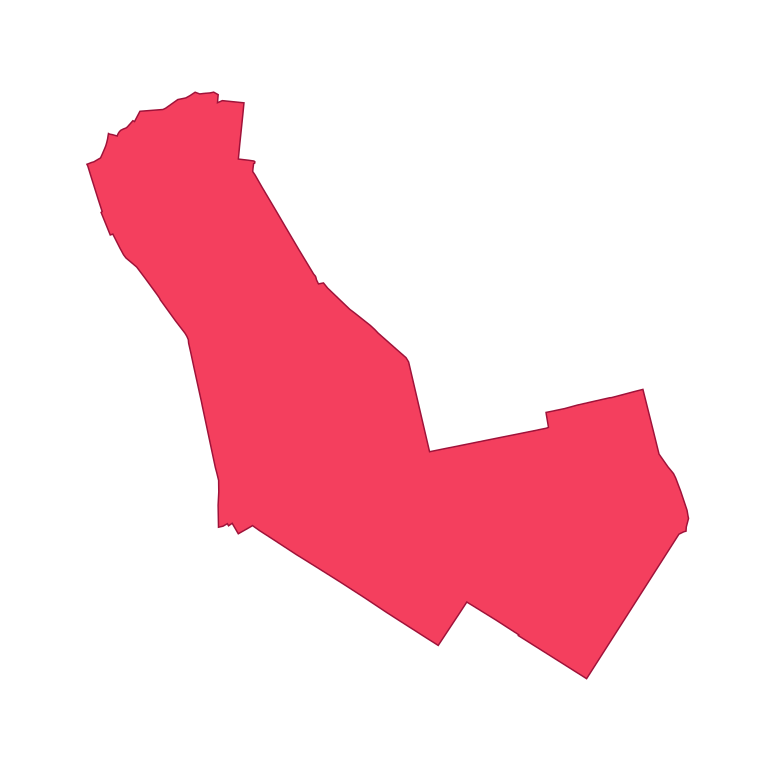 the district of Segarcea-Vale, Teleorman, Romania, rotated 95°
{"feature_id": "2599482B59807133225693", "entity_name": "Segarcea-Vale", "entity_type": "district", "adm_level": 2, "iso_a3": "ROU", "parent_name": "Romania", "parent_adm1": "Teleorman", "projection": "albers", "projection_center": [24.796, 43.848], "detail": "fine", "context": "isolated", "style": "filled", "palette": "rose", "viewbox_px": 768, "rotation_deg": 95, "n_neighbors": 0, "source": "geoboundaries", "source_scale": "gbopen_adm2", "svg_char_len": 2439}
<svg xmlns="http://www.w3.org/2000/svg" viewBox="0 0 768 768"><g transform="rotate(95 384 384)"><path d="M225.0,684.8L230.9,682.3L236.8,679.8L237.7,680.8L259.4,669.7L258.3,667.2L271.5,659.0L273.9,657.4L278.0,654.7L280.9,652.1L289.0,640.6L299.2,631.4L315.1,617.5L318.3,614.9L319.5,614.3L339.4,597.1L350.6,586.8L353.6,584.6L356.9,582.8L360.3,582.2L369.7,579.2L383.7,574.9L413.5,565.6L417.6,564.3L421.7,563.1L482.0,544.7L486.9,542.9L494.6,540.3L495.9,540.2L501.9,539.6L505.6,539.2L519.2,538.7L541.1,536.4L539.7,532.0L536.8,527.9L538.8,526.5L536.0,523.1L545.9,516.1L537.2,503.5L536.5,502.7L540.9,495.2L547.3,483.1L561.5,456.6L569.8,440.2L584.5,411.5L598.7,384.6L611.4,361.4L619.8,345.4L633.7,318.8L639.7,307.2L610.9,291.6L605.4,288.6L594.0,282.5L609.5,251.7L615.8,239.8L622.1,227.9L622.9,228.3L623.0,228.1L653.8,168.3L659.9,156.5L507.9,77.1L505.1,72.5L504.3,70.3L500.1,70.4L491.3,68.9L489.5,69.5L483.4,71.1L465.0,79.1L452.3,85.2L448.0,87.8L441.8,93.9L429.9,103.9L408.8,111.1L366.8,125.6L369.7,133.9L372.6,141.9L377.7,156.1L378.1,158.2L382.5,172.0L388.1,189.4L392.8,202.1L398.2,220.1L400.4,219.6L402.7,219.0L412.7,216.4L412.9,216.4L413.9,218.5L422.0,245.8L426.8,262.3L434.2,287.5L435.6,292.2L443.0,317.5L447.5,332.7L359.9,361.4L355.8,364.4L354.3,366.5L348.3,374.7L333.8,394.3L330.5,398.0L327.1,402.4L321.2,411.3L316.3,418.7L312.6,424.6L308.9,429.2L297.0,444.0L293.3,448.6L288.6,453.1L290.0,458.0L286.2,460.3L283.5,461.2L282.5,461.8L280.6,463.7L257.6,480.5L236.6,495.5L220.8,506.7L198.1,523.0L187.0,530.7L183.8,533.3L181.1,533.3L180.7,533.3L175.8,533.1L175.3,532.1L173.9,532.0L173.2,533.0L172.9,538.4L172.6,548.7L158.4,548.6L146.5,548.4L140.3,548.3L127.6,548.1L116.1,548.0L115.9,562.3L115.8,569.8L118.1,574.0L118.3,574.4L110.2,574.4L108.1,579.1L109.2,582.7L109.9,586.8L109.9,587.1L110.0,587.4L110.3,589.1L110.9,591.9L111.1,592.9L109.8,597.6L113.7,602.5L116.3,606.4L118.4,613.5L118.6,614.2L128.3,625.6L129.8,628.1L133.5,650.4L133.6,650.9L144.3,655.4L143.6,657.1L149.9,661.8L150.5,662.3L151.1,662.9L151.7,663.8L152.2,664.9L152.8,666.1L153.5,667.2L154.0,668.1L154.7,668.8L155.9,669.7L157.4,670.5L158.9,671.1L160.2,671.4L159.3,676.1L159.0,679.1L158.5,680.3L160.6,680.5L163.8,680.7L165.1,680.9L167.2,681.2L169.4,681.6L171.2,682.0L174.1,682.9L179.3,684.6L183.5,686.1L185.1,688.4L187.3,691.5L188.0,692.5L188.9,694.9L190.2,697.4L191.0,699.1L191.8,698.6L192.6,698.1L201.5,694.5L225.0,684.8Z" fill="#f43f5e" stroke="#9f1239" stroke-width="1.5"/></g></svg>